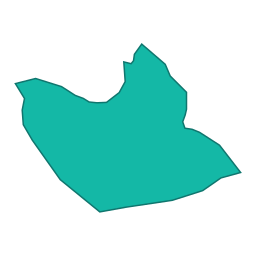 Velike Lašče, Robinson projection
{"feature_id": "SVN-1000", "entity_name": "Velike Lašče", "entity_type": "Municipality", "adm_level": 1, "iso_a3": "SVN", "parent_name": "Slovenia", "parent_adm1": "", "projection": "robinson", "projection_center": [14.586, 45.849], "detail": "fine", "context": "isolated", "style": "filled", "palette": "teal", "viewbox_px": 256, "rotation_deg": 0, "n_neighbors": 0, "source": "natural_earth", "source_scale": "10m", "svg_char_len": 546}
<svg xmlns="http://www.w3.org/2000/svg" viewBox="0 0 256 256"><path d="M32.4,140.3L23.3,124.7L22.2,110.1L24.5,98.5L15.4,83.6L35.6,78.5L61.5,86.6L75.2,95.4L83.3,98.4L89.1,102.0L97.0,102.8L106.5,102.4L119.2,92.6L125.2,81.6L123.8,61.9L131.1,63.7L133.5,60.8L134.4,54.3L141.7,44.1L165.2,64.3L170.2,76.0L186.5,92.3L186.5,109.2L185.2,114.9L182.7,121.8L184.9,128.2L192.1,129.3L199.5,132.3L219.5,145.2L240.6,172.5L221.0,177.9L202.7,190.6L172.3,200.3L125.8,207.2L99.8,211.9L60.3,179.7L32.4,140.3Z" fill="#14b8a6" stroke="#0f766e" stroke-width="1.5"/></svg>